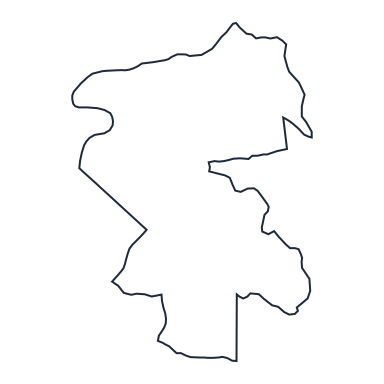 outline of Murici dos Portelas, Piauí, Brazil
{"feature_id": "56859067B24029295900147", "entity_name": "Murici dos Portelas", "entity_type": "district", "adm_level": 2, "iso_a3": "BRA", "parent_name": "Brazil", "parent_adm1": "Piauí", "projection": "robinson", "projection_center": [-42.008, -3.363], "detail": "fine", "context": "isolated", "style": "outline", "palette": "slate", "viewbox_px": 384, "rotation_deg": 0, "n_neighbors": 0, "source": "geoboundaries", "source_scale": "gbopen_adm2", "svg_char_len": 2406}
<svg xmlns="http://www.w3.org/2000/svg" viewBox="0 0 384 384"><path d="M229.3,28.4L226.4,32.3L221.4,37.0L215.8,44.4L212.1,48.8L201.6,54.9L189.6,56.0L185.9,54.5L180.8,54.3L177.4,54.3L171.8,56.8L168.5,59.1L164.9,60.2L157.1,61.5L153.1,62.2L141.9,63.5L137.7,66.3L133.3,68.4L129.3,69.7L125.0,70.3L121.9,70.1L116.4,70.3L106.4,70.8L102.3,71.2L92.4,73.7L87.6,77.2L80.8,83.5L76.1,89.0L73.8,91.6L72.3,95.5L72.3,99.3L73.2,103.7L75.1,106.2L79.0,107.4L87.2,107.4L97.6,108.2L104.5,110.0L110.3,113.2L112.2,117.0L113.0,121.3L112.6,125.4L109.7,130.2L104.3,133.3L94.7,134.9L89.5,137.9L86.4,141.4L84.2,145.0L81.9,152.3L80.1,160.7L79.3,168.2L82.7,171.4L97.0,184.3L146.6,229.8L143.2,233.7L140.0,237.1L136.6,240.5L132.5,244.6L129.5,248.6L127.8,253.4L126.2,259.0L124.9,264.2L123.4,268.4L121.0,271.5L118.2,274.8L115.4,277.9L112.1,281.6L118.2,285.8L123.8,292.9L131.2,294.8L136.6,293.7L144.8,294.3L151.8,296.5L156.4,295.6L161.5,294.6L162.0,301.0L163.4,307.5L165.3,313.6L166.0,318.9L165.8,323.3L164.1,327.7L161.2,332.3L158.9,335.6L157.9,340.9L162.7,342.8L165.3,344.4L169.3,346.4L173.2,350.1L176.6,353.2L180.8,353.1L186.0,355.6L190.4,357.1L194.5,357.3L199.6,357.5L204.2,357.5L207.2,357.8L212.1,357.9L218.4,357.5L222.5,356.9L227.2,358.0L232.2,360.7L236.5,361.0L236.8,294.4L239.3,296.5L243.2,298.5L247.2,296.7L250.4,293.4L258.8,294.2L263.7,298.7L272.1,305.3L278.2,306.8L284.2,312.1L289.4,314.6L294.9,313.9L297.9,310.8L296.8,307.5L307.6,298.5L310.2,290.9L309.9,285.8L309.4,278.8L302.1,268.0L301.6,261.9L302.1,257.9L300.8,254.0L298.6,249.2L294.8,248.1L290.0,248.1L285.7,244.3L278.9,237.0L274.1,231.1L268.4,234.2L262.3,231.6L261.8,227.4L264.5,214.8L267.8,211.3L268.7,207.0L267.3,204.0L257.8,191.0L253.9,188.3L247.6,188.6L240.7,191.9L235.3,190.6L232.6,184.8L229.8,177.8L225.1,175.4L209.2,171.4L209.9,167.2L208.7,162.3L214.6,161.1L218.9,161.6L223.8,161.1L228.8,160.0L233.5,158.7L239.7,158.3L244.1,158.6L248.5,159.0L252.2,155.8L257.7,155.7L263.7,154.4L266.9,154.5L277.1,151.1L287.0,149.0L283.2,117.5L286.3,119.2L289.8,121.4L293.2,124.0L296.1,126.5L299.0,129.1L301.8,132.2L304.1,134.6L308.4,136.6L311.7,137.5L311.7,131.8L306.2,122.1L301.8,116.5L301.8,106.5L303.3,99.6L304.6,94.7L300.5,85.8L298.8,82.4L289.2,71.8L287.3,66.8L284.4,56.0L286.2,44.4L282.4,40.7L277.0,37.2L270.5,38.5L265.3,37.4L261.1,37.4L256.1,38.4L251.7,34.5L246.5,33.7L243.1,30.6L239.5,27.3L236.1,23.0L232.9,23.8L229.3,28.4Z" fill="none" stroke="#1e293b" stroke-width="2"/></svg>